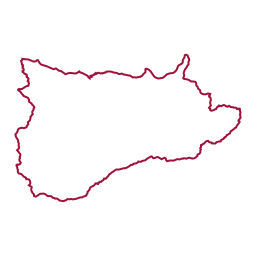 Chiang Klang, Nan, Thailand
{"feature_id": "78962969B24859706501425", "entity_name": "Chiang Klang", "entity_type": "district", "adm_level": 2, "iso_a3": "THA", "parent_name": "Thailand", "parent_adm1": "Nan", "projection": "albers", "projection_center": [100.906, 19.299], "detail": "fine", "context": "isolated", "style": "outline", "palette": "rose", "viewbox_px": 256, "rotation_deg": 0, "n_neighbors": 0, "source": "geoboundaries", "source_scale": "gbopen_adm2", "svg_char_len": 5684}
<svg xmlns="http://www.w3.org/2000/svg" viewBox="0 0 256 256"><path d="M210.2,93.8L207.8,93.5L206.3,94.2L203.9,94.4L201.4,93.5L200.5,92.6L200.0,90.2L198.1,88.5L197.5,86.6L196.4,85.7L196.0,82.9L195.5,82.0L194.6,81.6L191.0,81.4L188.7,79.9L186.3,79.2L184.1,78.9L183.3,78.4L183.3,77.7L183.9,76.7L184.2,75.5L184.1,74.7L183.7,73.4L183.8,72.5L184.9,69.6L186.7,67.2L187.3,65.8L188.6,64.3L188.4,62.5L189.2,59.8L189.1,58.9L188.1,57.2L187.7,55.7L187.3,55.3L186.2,54.8L185.1,54.9L184.8,55.2L184.5,57.2L183.2,59.4L182.8,60.3L182.7,62.4L182.2,63.4L178.8,65.3L178.2,65.8L176.7,69.6L175.3,71.5L173.1,73.0L169.6,73.4L166.8,74.4L164.1,76.9L162.7,77.8L158.9,78.5L157.7,78.3L155.4,77.4L154.0,76.3L150.6,71.3L148.7,69.6L146.2,68.7L145.7,68.8L145.4,69.2L145.5,72.0L145.0,72.7L143.1,74.3L142.3,75.7L141.3,76.0L140.6,76.8L139.5,76.8L138.6,77.1L137.7,77.1L136.4,77.6L134.1,77.2L133.0,77.5L130.1,75.6L127.7,75.3L125.0,74.6L123.6,74.5L122.0,73.6L119.0,74.1L116.7,72.9L113.9,72.6L111.4,71.7L109.5,71.5L106.5,71.6L106.0,72.3L105.2,72.4L105.0,72.7L104.2,72.7L103.5,73.2L102.8,73.1L102.5,73.4L101.7,73.2L100.3,73.5L99.1,72.8L98.4,72.8L97.0,73.5L96.8,73.2L96.6,73.4L96.3,73.4L96.1,73.7L95.6,73.3L95.5,73.7L94.6,73.8L94.2,74.3L94.4,74.6L93.6,74.8L92.6,75.6L92.2,75.4L91.9,75.8L91.3,75.7L90.5,75.9L90.6,76.4L91.3,77.0L89.8,77.5L89.7,78.3L88.6,77.4L87.7,76.0L86.9,75.4L82.4,73.1L80.7,72.6L80.4,72.3L79.8,72.2L79.2,71.4L77.4,72.8L76.2,73.2L75.9,73.5L73.0,73.3L71.4,72.9L68.3,73.2L66.0,74.1L65.4,74.1L61.0,71.0L58.8,70.7L56.2,68.5L55.5,68.5L54.0,69.2L53.5,69.2L46.3,66.1L41.3,64.6L40.1,63.6L39.3,62.5L37.9,60.1L37.3,60.1L35.6,61.4L34.6,61.6L32.8,61.3L28.5,59.5L24.1,59.1L22.3,58.8L22.2,60.0L21.3,60.6L21.1,61.0L21.8,63.1L22.0,64.7L22.9,65.1L23.1,65.5L23.0,66.2L22.6,66.7L22.6,67.9L23.3,68.1L23.6,69.1L23.6,70.5L22.5,71.0L22.6,72.0L23.5,72.5L24.5,73.8L25.6,74.1L26.7,74.7L26.6,75.5L27.0,76.0L26.6,76.5L26.6,76.9L28.1,78.1L28.6,78.8L27.7,80.9L28.4,81.2L28.4,82.2L29.0,83.3L28.6,84.3L28.6,85.4L28.3,85.8L26.8,86.1L25.3,86.8L22.0,89.0L18.8,89.1L18.1,89.5L18.1,89.9L18.5,90.5L20.3,91.5L20.7,92.3L22.0,94.0L23.0,94.9L23.5,95.9L27.9,97.8L29.2,100.0L28.8,101.2L28.9,101.5L31.6,103.6L32.2,104.7L33.2,105.5L34.0,106.6L34.4,107.5L33.6,108.3L33.6,109.6L32.2,111.9L32.3,112.8L32.8,114.2L31.9,114.9L31.5,115.7L30.5,116.8L30.5,118.3L29.8,120.5L27.9,122.2L28.3,124.4L27.7,124.9L26.7,126.2L26.5,127.3L24.1,128.1L23.4,128.1L22.8,127.8L20.8,127.9L18.6,128.8L18.2,129.3L17.0,132.6L15.5,134.2L15.4,134.9L15.8,135.8L15.9,136.7L18.2,140.5L18.1,142.0L18.6,142.7L18.8,143.3L18.6,145.7L19.1,147.0L19.1,148.0L17.6,149.8L17.1,150.2L20.1,153.9L20.4,154.9L20.3,155.7L19.7,156.8L20.0,158.3L19.4,159.0L19.3,159.6L19.5,160.8L20.7,162.4L20.6,163.2L19.9,164.1L18.4,164.8L17.7,164.5L17.0,164.6L16.4,165.2L17.3,167.7L17.4,168.9L17.9,169.8L17.8,171.4L17.9,172.2L18.5,173.1L18.9,173.5L21.4,174.1L23.9,176.7L25.8,177.6L26.0,177.8L26.0,178.7L26.4,179.2L28.8,179.3L29.7,180.4L30.2,181.9L30.3,183.5L29.9,184.4L28.9,185.2L29.9,186.0L31.4,186.7L31.7,187.1L31.2,189.6L31.3,190.3L32.5,192.9L33.9,194.3L34.0,196.0L35.1,196.5L36.0,196.5L40.2,193.8L43.6,193.6L45.5,194.3L47.5,196.0L51.0,196.2L51.7,196.6L52.7,197.7L54.1,197.9L55.0,198.6L56.7,198.5L58.1,199.2L59.4,200.4L63.2,201.2L66.1,200.2L67.3,199.1L69.2,199.3L71.2,199.0L73.0,199.4L76.9,198.6L79.9,197.5L82.5,197.3L83.7,196.5L86.0,195.8L86.3,195.5L86.6,194.4L87.5,193.4L87.5,191.9L89.2,190.2L90.1,188.0L90.6,187.2L94.0,185.5L94.5,185.0L95.0,184.1L95.6,183.4L96.0,183.3L97.0,183.8L98.1,184.0L98.3,183.6L98.3,182.8L99.2,182.5L99.6,181.8L101.2,181.8L102.0,180.8L103.3,180.2L104.1,178.5L104.6,178.5L105.4,178.8L106.2,178.4L107.4,176.8L108.2,176.1L109.2,174.3L110.1,173.9L112.4,172.0L113.5,171.5L114.4,170.6L116.5,169.5L119.0,169.5L122.3,168.7L123.5,168.2L124.7,168.4L125.3,168.0L126.4,167.9L127.4,167.2L129.1,166.4L130.8,164.9L132.1,164.9L133.1,164.4L133.3,163.8L136.4,163.3L137.9,162.3L138.2,161.6L140.8,161.8L142.0,161.0L145.2,160.3L147.1,158.7L151.0,156.5L151.5,156.4L152.0,156.6L153.1,158.1L153.5,158.3L157.2,157.1L158.1,157.1L161.5,159.2L164.3,157.9L164.9,157.9L165.8,158.5L166.1,160.1L167.2,161.2L169.7,160.5L173.7,160.6L177.3,159.1L178.9,159.4L180.2,159.3L181.8,158.6L183.1,158.7L183.8,158.2L186.5,158.7L187.7,158.1L189.6,157.7L191.4,158.4L192.1,158.4L192.8,158.6L193.9,158.4L196.0,157.4L196.6,156.5L197.4,156.0L197.6,154.5L199.4,153.8L200.3,152.5L200.4,152.0L200.3,150.6L200.9,149.5L200.2,148.3L201.0,147.1L201.0,145.0L201.8,144.7L202.4,144.7L203.2,143.7L204.3,143.5L204.8,142.6L205.8,141.6L207.2,140.9L208.3,140.9L208.5,141.3L209.1,141.8L209.4,142.3L210.3,142.3L210.7,142.5L211.6,142.5L211.9,143.3L212.1,143.5L214.0,143.4L214.6,143.6L215.2,143.5L216.0,142.8L216.3,142.3L218.2,141.6L220.7,141.4L220.9,140.3L222.1,139.5L223.3,139.1L224.1,138.0L224.6,137.8L224.7,137.2L225.5,137.0L226.1,136.5L226.7,135.1L227.7,134.8L229.1,133.8L230.0,133.4L230.7,131.2L231.8,130.7L232.4,130.1L234.1,128.9L234.9,128.0L236.1,127.5L236.8,125.8L239.5,122.3L239.6,121.6L238.6,121.1L238.5,120.4L240.0,118.5L240.6,117.4L240.2,116.2L240.2,115.2L240.0,114.8L240.3,114.2L240.2,113.4L240.5,112.4L240.2,111.8L240.3,111.3L239.8,110.7L240.0,109.1L239.5,108.6L238.8,108.6L238.0,109.1L237.1,109.1L236.8,109.0L236.6,108.1L236.3,107.9L235.0,107.6L233.4,107.6L232.9,107.1L230.8,107.1L229.1,105.8L228.2,106.5L227.2,106.7L226.8,106.3L225.8,106.2L225.1,105.5L224.5,105.2L223.5,105.0L221.4,106.1L221.0,105.9L220.1,106.1L219.3,105.6L218.8,105.6L218.6,106.4L217.7,106.6L216.8,107.5L216.1,109.1L214.7,109.4L213.7,110.2L211.2,110.7L210.1,110.0L210.2,108.7L209.3,108.2L209.0,107.8L210.9,105.5L210.1,102.9L210.8,99.9L210.6,98.9L210.5,97.7L210.2,97.3L209.5,97.1L209.0,96.0L209.2,95.5L210.0,94.9L210.2,93.8Z" fill="none" stroke="#9f1239" stroke-width="2"/></svg>